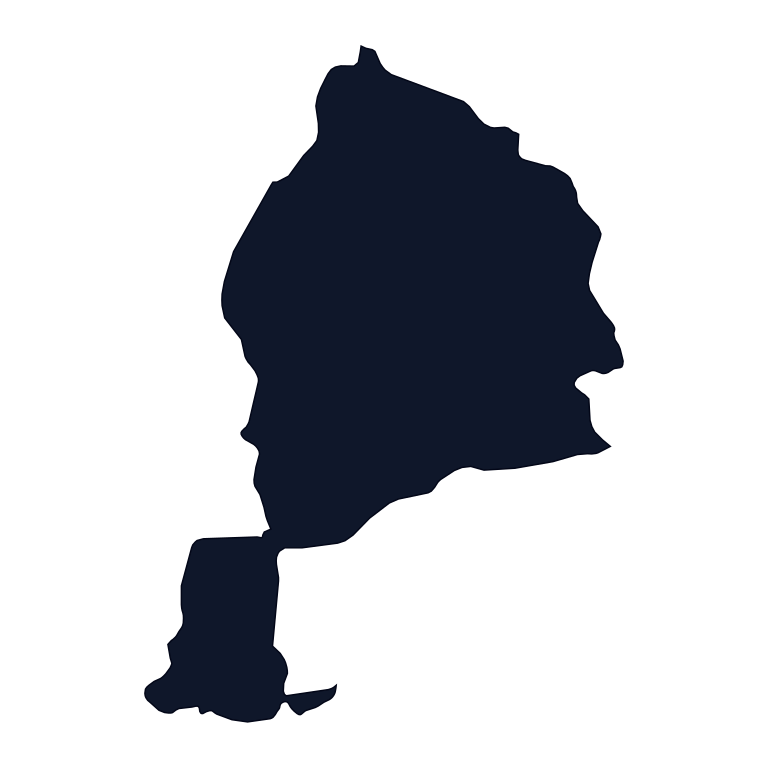 Jawzjan, orthographic projection
{"feature_id": "AFG-1746", "entity_name": "Jawzjan", "entity_type": "Province", "adm_level": 1, "iso_a3": "AFG", "parent_name": "Afghanistan", "parent_adm1": "", "projection": "orthographic", "projection_center": [65.748, 36.744], "detail": "fine", "context": "isolated", "style": "filled", "palette": "ink", "viewbox_px": 768, "rotation_deg": 0, "n_neighbors": 0, "source": "natural_earth", "source_scale": "10m", "svg_char_len": 3856}
<svg xmlns="http://www.w3.org/2000/svg" viewBox="0 0 768 768"><path d="M361.1,46.1L365.9,48.3L372.3,49.7L374.9,51.4L380.2,63.6L382.8,67.4L385.1,70.1L391.2,74.6L463.5,101.6L469.3,106.6L478.3,118.6L483.9,124.1L490.4,127.4L494.1,128.0L504.8,127.3L508.2,128.2L512.8,131.9L515.8,132.8L518.7,134.3L518.5,137.0L517.8,149.9L518.0,152.1L518.3,154.6L519.0,155.9L520.2,157.4L521.0,158.2L521.8,158.9L525.3,160.3L545.4,165.8L550.2,166.0L553.1,167.1L564.5,173.5L567.6,175.8L570.1,178.5L571.9,182.7L573.2,186.4L574.7,188.8L575.5,190.5L576.1,192.4L576.4,194.0L576.6,197.2L577.6,203.3L578.4,204.5L582.8,210.7L598.1,226.9L600.9,233.9L600.5,236.2L599.6,239.6L599.3,240.3L598.5,242.0L592.1,262.3L589.4,273.7L588.1,283.4L589.6,290.5L594.5,298.5L603.4,313.2L611.3,322.4L613.4,325.5L614.5,328.0L614.6,329.7L614.3,331.2L613.7,332.9L614.0,335.7L615.1,340.0L618.4,345.0L620.1,349.0L623.1,361.1L622.7,364.7L621.8,366.8L620.2,367.6L615.0,368.4L613.5,368.8L608.1,372.4L605.9,373.2L603.9,373.5L602.2,373.4L595.5,370.8L593.9,370.5L592.4,370.5L591.0,370.8L579.9,375.8L576.8,378.2L574.2,382.5L574.1,385.2L575.7,388.0L581.6,392.9L584.6,394.8L588.8,399.0L590.0,420.3L591.8,426.6L594.7,432.1L602.5,439.9L610.3,446.4L597.9,452.8L595.9,453.4L591.7,453.9L587.5,453.7L577.4,454.5L553.0,461.6L515.0,468.2L484.0,470.1L470.8,466.4L462.0,467.4L454.3,470.5L440.6,479.5L438.8,481.2L437.7,482.4L434.6,487.3L431.3,491.1L428.1,492.8L398.4,499.0L389.3,503.0L369.6,518.1L353.0,535.1L345.0,540.7L337.7,543.1L302.0,547.8L284.7,547.8L279.4,551.2L278.0,553.3L276.5,557.1L276.2,560.7L276.4,564.4L278.5,577.5L278.5,581.0L272.5,646.1L280.2,653.4L284.2,659.6L285.6,663.0L286.8,667.3L287.3,670.7L287.4,673.4L283.7,683.3L283.3,691.2L284.4,694.4L286.3,695.8L328.4,689.6L331.4,688.6L333.5,687.5L336.2,685.3L335.9,688.0L335.2,691.9L334.6,693.6L333.7,695.3L332.7,696.7L331.7,697.8L330.5,698.8L329.3,699.6L323.9,702.2L318.2,706.0L315.2,707.5L306.0,710.5L304.8,711.2L301.5,714.0L300.5,714.6L299.1,714.6L297.3,713.7L294.1,711.1L291.7,708.6L290.2,706.5L288.7,703.6L287.8,702.5L286.7,701.8L285.6,701.6L283.8,701.8L281.4,703.1L280.4,704.4L279.9,705.8L279.7,707.1L279.4,708.2L278.8,709.2L277.1,711.4L275.3,714.5L273.1,717.2L271.7,718.1L270.1,718.7L247.6,721.9L231.9,719.7L216.8,714.1L215.0,713.0L212.3,710.9L211.1,710.6L209.4,710.7L206.2,711.7L202.9,713.5L201.9,713.6L200.8,713.1L199.8,711.4L199.4,708.5L199.1,707.5L198.4,706.6L197.3,706.1L195.6,706.2L192.1,707.0L178.9,708.5L175.9,710.0L172.5,712.6L170.8,713.0L168.6,713.0L164.6,712.5L159.0,710.3L149.5,701.8L147.7,700.3L146.2,698.1L145.5,696.7L145.1,695.1L144.9,693.2L145.2,691.1L145.5,689.1L146.8,687.2L148.9,685.3L154.2,681.4L160.6,678.5L162.0,677.5L163.7,676.0L165.8,673.8L170.1,667.9L171.3,665.2L171.9,663.4L170.3,658.1L167.9,644.4L171.4,640.5L172.9,639.5L175.5,637.1L176.6,635.7L179.0,631.5L181.7,627.6L182.7,625.5L183.3,623.0L183.5,618.3L183.4,615.3L182.9,612.8L182.2,610.6L181.7,608.0L181.4,604.7L181.4,585.8L191.7,547.6L192.8,544.9L195.3,542.0L197.1,540.5L203.4,538.8L257.2,537.0L260.9,537.7L261.9,537.6L262.5,537.0L262.8,535.1L264.3,532.0L270.9,529.1L267.4,520.6L266.0,516.4L264.0,507.3L260.0,494.5L255.0,486.3L254.2,483.2L254.0,479.6L256.0,467.0L259.5,454.2L259.4,452.8L259.0,450.8L257.3,447.9L255.7,446.0L253.7,444.3L245.5,439.7L243.6,438.0L242.2,436.2L241.2,434.3L241.1,432.7L241.8,431.3L244.3,428.7L246.2,427.2L248.1,424.0L249.1,421.8L253.2,404.1L256.1,391.8L258.4,381.9L258.5,380.2L258.3,378.0L257.0,374.6L255.0,370.7L250.5,364.7L248.2,362.2L246.1,358.7L245.1,356.5L241.4,339.4L224.7,317.9L222.1,305.7L221.9,300.0L222.1,294.1L224.4,281.5L233.6,251.6L271.1,185.1L272.9,182.2L277.2,182.1L288.7,176.1L303.7,155.5L312.7,146.2L316.9,140.5L318.6,132.3L318.4,123.4L315.9,106.0L317.5,96.9L320.7,88.3L324.7,80.3L324.7,80.2L328.1,73.7L331.3,69.5L335.3,67.1L340.8,65.9L354.0,66.1L358.3,62.5L360.3,51.9L361.1,46.1Z" fill="#0f172a" stroke="#020617" stroke-width="1.5"/></svg>